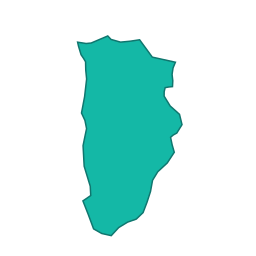 outline of Qəbələ, rotated 342°
{"feature_id": "AZE-1724", "entity_name": "Qəbələ", "entity_type": "District", "adm_level": 1, "iso_a3": "AZE", "parent_name": "Azerbaijan", "parent_adm1": "", "projection": "albers", "projection_center": [47.781, 40.923], "detail": "fine", "context": "isolated", "style": "filled", "palette": "teal", "viewbox_px": 256, "rotation_deg": 342, "n_neighbors": 0, "source": "natural_earth", "source_scale": "10m", "svg_char_len": 805}
<svg xmlns="http://www.w3.org/2000/svg" viewBox="0 0 256 256"><g transform="rotate(342 128 128)"><path d="M119.2,35.8L137.2,34.2L139.2,38.5L147.4,44.0L156.8,46.1L166.3,47.7L173.0,68.1L193.4,80.1L189.4,84.8L186.5,90.6L185.2,96.9L183.1,102.4L179.5,101.6L175.8,101.1L173.6,104.7L172.2,108.9L174.9,120.1L181.2,130.9L180.4,141.5L172.8,147.9L169.0,148.6L165.6,150.0L164.8,157.5L164.5,165.4L154.5,173.4L142.8,178.8L135.2,185.3L129.8,195.3L123.2,204.4L116.2,213.1L107.7,217.2L98.5,217.4L88.4,219.8L78.8,225.2L70.4,220.2L64.1,213.3L63.5,198.3L62.6,183.4L71.7,180.7L74.1,171.7L74.5,150.8L79.8,130.9L84.1,123.3L88.4,115.8L89.4,107.5L88.4,99.4L96.4,84.8L103.8,68.6L105.7,59.9L108.1,51.9L107.2,47.9L106.0,43.8L106.2,35.0L106.6,30.8L114.3,34.7L119.2,35.8Z" fill="#14b8a6" stroke="#0f766e" stroke-width="1.5"/></g></svg>